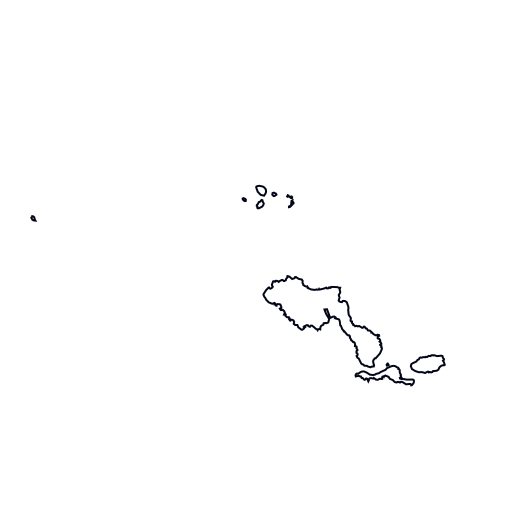 outline of Kepulauan Talaud, Sulawesi Utara, Indonesia, rotated 297°
{"feature_id": "22746128B45484540858108", "entity_name": "Kepulauan Talaud", "entity_type": "district", "adm_level": 2, "iso_a3": "IDN", "parent_name": "Indonesia", "parent_adm1": "Sulawesi Utara", "projection": "orthographic", "projection_center": [126.807, 4.647], "detail": "fine", "context": "isolated", "style": "outline", "palette": "ink", "viewbox_px": 512, "rotation_deg": 297, "n_neighbors": 0, "source": "geoboundaries", "source_scale": "gbopen_adm2", "svg_char_len": 6167}
<svg xmlns="http://www.w3.org/2000/svg" viewBox="0 0 512 512"><g transform="rotate(297 256 256)"><path d="M230.2,280.5L225.4,280.0L224.5,280.6L223.1,282.5L222.7,283.6L221.6,285.0L220.5,288.4L220.8,292.2L222.6,293.8L222.4,294.5L221.6,294.6L221.9,295.0L221.5,295.7L220.9,296.0L220.9,296.5L221.0,296.8L221.7,296.5L222.8,296.8L223.7,298.8L223.8,299.8L222.3,301.5L221.1,302.2L220.5,301.4L219.9,301.1L219.1,302.6L220.1,304.7L219.6,306.3L218.1,307.9L217.6,307.9L217.5,307.5L216.5,307.6L217.2,309.1L216.1,309.4L215.5,311.5L216.4,313.1L215.8,314.1L214.8,314.0L213.9,315.7L214.1,316.1L215.2,316.1L215.6,317.2L215.6,318.6L214.5,320.0L212.7,320.4L212.3,322.2L213.3,324.2L211.7,326.0L211.0,329.9L211.3,330.7L212.7,331.5L213.6,331.7L214.2,331.0L214.6,331.5L214.7,331.1L215.2,331.5L215.5,331.1L217.6,332.8L217.4,333.5L217.8,334.1L217.3,334.9L217.4,336.2L218.9,336.5L219.4,337.5L218.8,340.7L218.3,342.1L218.4,343.4L217.9,344.5L218.6,344.4L219.3,345.1L219.8,345.6L219.8,346.5L222.0,345.7L223.4,345.8L225.4,347.2L226.8,346.8L227.9,348.4L227.9,348.9L229.3,350.4L230.0,350.5L233.1,349.8L236.3,344.7L239.4,341.3L240.8,343.4L235.2,349.5L234.9,350.6L236.9,352.1L237.6,353.3L237.4,354.8L236.7,354.8L236.9,355.1L236.5,355.5L237.2,358.5L236.8,359.3L235.7,360.4L232.5,362.5L232.2,363.6L229.9,366.1L229.3,367.9L228.7,368.4L229.0,368.9L227.3,372.7L227.1,374.3L227.6,375.0L227.5,375.6L226.8,376.4L225.8,376.7L225.3,377.9L224.1,379.1L224.2,379.6L223.4,381.6L223.8,382.0L223.5,383.2L222.3,384.4L220.6,385.1L221.0,386.4L220.8,386.8L220.4,387.2L219.3,387.4L218.5,389.0L218.1,389.2L216.9,388.7L215.3,389.5L215.1,390.7L214.2,391.3L213.3,391.5L212.7,391.0L212.3,391.3L211.4,392.7L211.3,394.1L208.0,398.5L207.7,399.6L208.0,401.0L207.5,402.2L207.7,403.1L208.5,404.6L208.3,405.7L208.7,407.8L208.9,408.6L209.9,409.3L211.0,410.9L211.2,410.6L212.2,410.8L214.7,408.5L216.2,407.9L218.3,408.2L219.1,408.6L219.2,409.1L225.5,410.7L230.3,410.4L231.3,409.8L231.5,409.0L232.6,408.8L232.9,407.3L233.3,406.9L234.6,407.6L235.4,406.7L235.8,405.0L236.7,405.3L237.3,405.0L238.2,403.5L237.8,402.4L238.1,401.6L239.6,401.2L240.8,402.0L241.4,401.5L241.0,399.9L240.0,399.4L239.7,398.9L239.7,396.0L240.5,394.3L240.1,393.5L240.8,393.0L241.2,391.3L240.5,389.5L241.6,387.8L241.3,386.5L242.0,385.8L242.2,384.3L240.5,383.7L240.2,383.1L240.5,379.7L239.5,378.7L239.5,377.4L238.4,376.2L238.9,375.1L238.6,374.0L239.6,373.4L239.6,372.4L240.0,371.9L241.2,371.3L240.9,370.2L241.3,369.6L243.8,368.7L245.7,365.3L250.0,362.5L251.3,362.2L252.7,361.3L256.0,357.9L256.3,355.8L255.7,354.3L255.3,353.7L253.9,353.5L253.6,352.8L253.3,351.0L253.8,349.9L256.9,349.3L258.7,347.5L261.5,347.6L262.8,347.0L263.8,345.8L265.9,345.4L265.2,344.0L265.3,342.9L262.9,337.6L262.1,336.6L261.6,336.9L261.1,336.5L261.3,336.1L260.9,335.1L260.0,335.0L259.3,333.9L259.7,332.9L257.9,331.4L255.2,328.2L254.9,327.7L255.2,327.2L254.6,327.2L253.7,325.7L253.8,325.3L252.4,323.6L251.2,320.2L251.0,316.7L251.6,316.6L251.7,315.7L252.0,315.5L251.7,315.3L251.4,313.1L251.7,311.2L252.3,310.9L253.2,309.6L255.1,308.8L255.8,307.5L255.0,304.4L255.4,301.1L255.0,300.4L253.9,300.5L251.9,298.7L252.8,295.2L252.5,293.3L252.2,293.1L251.5,293.8L249.3,293.2L248.1,293.6L246.6,292.7L246.3,292.0L246.7,291.0L246.5,290.0L244.5,288.5L243.2,288.0L243.5,286.8L243.3,285.6L242.7,284.7L242.1,284.9L241.7,284.7L241.7,283.7L241.2,282.8L238.0,283.1L236.9,283.7L236.3,284.9L235.8,284.9L234.5,284.5L233.5,283.8L233.3,283.0L233.9,281.9L233.5,281.5L230.2,280.5ZM234.8,446.8L231.6,444.3L230.2,443.5L228.1,444.0L226.1,446.3L225.8,449.8L226.3,453.7L227.9,456.6L228.5,459.7L231.1,461.7L231.2,462.5L230.8,462.9L231.6,463.7L231.8,464.9L232.7,465.8L233.7,465.9L235.9,469.2L237.5,470.1L240.0,470.0L241.7,470.6L243.1,471.6L244.2,473.4L244.7,473.6L246.6,471.7L247.6,470.1L248.8,470.6L249.4,470.4L250.2,468.7L251.5,467.6L251.3,466.4L248.9,462.6L248.6,460.2L248.3,459.4L247.8,459.1L247.6,457.9L246.9,457.2L246.1,457.0L245.3,455.1L243.7,454.4L243.2,452.9L242.7,452.8L241.6,450.6L240.7,449.9L240.1,448.4L239.3,448.0L237.8,448.0L236.8,447.1L234.8,446.8ZM196.3,398.8L195.0,398.8L194.0,399.6L195.9,402.0L195.9,403.5L196.3,404.2L195.4,405.3L195.3,405.9L195.7,406.4L194.9,408.8L195.6,409.5L196.9,409.8L197.1,410.9L195.3,413.0L196.5,413.0L196.9,412.4L198.4,412.7L198.9,413.1L199.5,414.1L200.0,416.1L200.8,416.3L200.3,419.0L201.0,420.7L202.8,422.0L203.6,424.1L204.0,424.3L205.1,423.5L205.9,423.4L206.6,424.1L206.4,424.8L207.1,424.7L208.2,425.5L208.0,426.0L208.4,426.7L208.3,428.1L208.6,428.9L207.3,431.0L207.6,434.2L206.7,436.7L207.0,438.5L207.9,439.1L208.0,439.7L208.5,440.1L208.6,441.7L209.3,441.8L210.2,443.5L209.8,447.9L212.1,451.6L211.9,452.4L211.2,453.0L211.6,453.5L214.1,454.1L215.9,453.7L217.0,453.0L217.1,451.8L214.1,446.0L213.6,443.9L213.0,442.6L213.3,441.7L212.4,441.5L212.2,440.0L212.7,439.5L214.0,440.3L215.1,439.2L215.8,439.2L217.3,437.1L219.6,435.8L220.3,434.6L220.1,434.1L220.7,434.0L221.0,433.1L220.8,432.0L221.1,430.5L220.9,429.4L220.4,428.1L219.2,426.6L215.5,423.6L213.4,423.1L208.8,419.4L207.4,418.8L205.5,416.5L204.7,416.2L203.2,414.6L202.0,411.4L202.4,407.5L202.1,404.4L200.8,402.4L197.3,400.3L197.1,399.3L196.3,398.8ZM317.9,235.8L319.9,234.4L320.9,232.0L321.0,230.7L320.1,227.2L318.8,225.4L317.9,224.8L317.0,225.2L314.0,228.4L312.6,232.4L313.4,235.8L316.0,236.1L317.9,235.8ZM301.8,233.6L301.0,233.9L300.6,235.0L299.6,235.2L299.3,235.9L299.9,237.0L302.7,239.0L304.4,239.4L306.3,239.1L307.4,237.4L308.6,236.4L308.4,235.5L306.2,235.0L305.3,234.0L303.3,234.1L301.8,233.6ZM319.6,242.2L318.0,242.7L317.4,244.5L317.8,245.2L319.9,246.4L320.6,245.5L320.6,243.2L319.6,242.2ZM189.5,38.8L188.1,38.4L186.8,40.3L186.8,41.9L187.4,43.4L188.1,42.3L189.8,40.9L190.2,39.3L189.9,38.6L189.5,38.8ZM321.9,263.2L321.1,262.6L317.6,264.1L316.2,263.8L315.1,262.9L314.5,263.2L315.3,264.1L320.0,265.5L320.4,265.4L321.5,263.3L321.9,263.2ZM301.2,218.0L300.4,218.5L299.8,220.2L299.9,221.3L300.4,221.9L301.7,221.3L302.0,220.5L301.9,218.6L301.2,218.0ZM325.2,260.7L324.0,259.1L323.5,260.9L323.8,261.8L324.9,261.5L325.2,260.7ZM218.3,421.8L217.8,422.5L219.2,423.6L220.0,422.2L219.2,421.8L218.3,421.8ZM324.6,256.7L323.2,256.7L323.1,257.4L323.9,258.0L324.0,257.4L324.6,257.4L324.6,256.7Z" fill="none" stroke="#020617" stroke-width="2"/></g></svg>